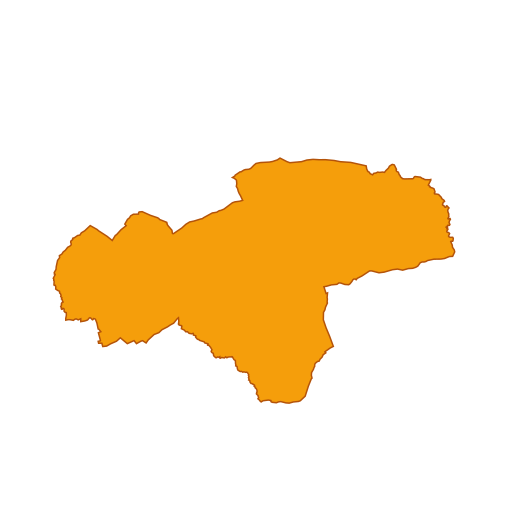 the district of Tunja, Boyacá, Colombia, rotated 213°
{"feature_id": "7082276B30096704247804", "entity_name": "Tunja", "entity_type": "district", "adm_level": 2, "iso_a3": "COL", "parent_name": "Colombia", "parent_adm1": "Boyacá", "projection": "albers", "projection_center": [-73.373, 5.515], "detail": "fine", "context": "isolated", "style": "filled", "palette": "amber", "viewbox_px": 512, "rotation_deg": 213, "n_neighbors": 0, "source": "geoboundaries", "source_scale": "gbopen_adm2", "svg_char_len": 6154}
<svg xmlns="http://www.w3.org/2000/svg" viewBox="0 0 512 512"><g transform="rotate(213 256 256)"><path d="M414.3,131.0L413.9,126.9L413.1,126.6L412.4,125.4L411.6,125.0L409.7,121.7L409.2,121.5L408.4,122.1L407.2,121.2L406.0,119.2L403.7,119.1L401.6,119.4L400.5,118.0L399.5,117.9L398.1,116.9L397.7,115.6L396.0,115.2L395.8,114.0L394.8,113.9L393.7,112.8L392.8,112.4L392.7,112.0L393.3,111.2L393.4,110.6L393.1,109.6L392.4,109.1L392.2,107.1L390.7,106.6L390.6,105.7L389.9,105.5L389.5,105.9L389.1,107.0L388.6,107.2L387.9,106.8L386.9,105.2L385.4,104.8L384.3,105.2L382.8,103.1L381.5,99.9L380.6,98.6L379.0,100.2L377.5,101.2L374.1,102.6L373.6,104.1L372.8,105.1L372.2,105.4L370.3,105.6L368.8,107.9L367.2,105.5L364.3,108.2L362.9,109.9L362.4,110.7L362.1,113.1L361.7,113.8L360.9,114.0L358.5,113.4L358.2,113.6L358.0,115.2L356.7,115.5L356.2,115.5L352.9,113.1L348.6,108.8L347.8,109.0L344.9,108.0L346.4,105.8L340.4,100.4L340.4,100.0L341.9,98.5L340.5,97.1L337.8,98.9L335.2,96.6L332.2,99.1L330.1,103.2L326.6,108.5L325.2,113.5L316.2,112.4L312.2,118.6L308.5,117.4L306.1,121.9L305.0,123.2L300.8,123.2L300.7,126.9L298.7,134.7L295.7,138.8L294.7,143.0L291.6,148.4L290.3,151.5L288.5,154.8L287.9,160.5L287.4,162.0L285.1,159.1L284.1,156.9L283.8,157.1L283.3,156.3L281.7,156.5L280.7,157.0L280.0,156.8L279.0,154.4L275.9,154.8L273.5,154.2L272.3,155.2L270.0,154.7L267.6,155.7L266.6,156.9L266.2,156.7L265.4,155.6L263.2,156.3L262.9,156.2L262.5,155.1L260.4,154.4L259.3,154.4L258.5,154.8L257.4,154.5L252.7,155.8L251.7,155.2L251.2,155.3L248.5,156.3L248.2,156.0L248.2,155.0L247.9,154.9L246.8,155.4L244.5,154.7L241.9,153.4L241.7,151.7L241.3,151.3L240.2,151.0L238.8,151.1L237.6,149.7L236.9,149.2L234.6,148.8L234.0,148.9L233.1,150.5L231.8,150.9L231.5,151.8L230.5,150.7L230.3,150.8L229.4,152.3L228.5,152.6L226.9,153.4L226.6,154.9L225.0,154.8L224.4,156.0L222.7,157.4L221.7,157.8L221.5,158.4L221.0,158.6L218.0,157.1L216.4,157.1L214.4,154.4L213.5,153.7L213.2,152.8L211.7,153.0L210.1,151.2L208.9,150.4L206.3,150.5L205.4,151.3L203.7,151.4L203.2,152.2L201.1,152.9L200.6,153.5L199.8,153.6L198.9,153.2L197.5,152.5L197.4,151.8L196.1,150.8L196.1,149.9L194.8,149.0L194.6,148.0L193.5,148.2L192.2,146.9L190.8,146.4L189.1,147.0L188.6,146.7L187.0,146.9L186.5,146.4L186.6,145.8L185.1,145.5L184.8,145.0L183.6,144.9L181.9,143.8L181.1,142.7L181.3,142.1L180.7,141.6L180.6,140.6L178.1,140.0L177.8,139.5L176.6,138.6L176.6,137.3L174.8,137.1L173.7,136.6L172.2,136.4L171.3,138.4L167.2,141.9L164.8,142.9L164.1,142.0L162.8,142.1L159.0,144.0L157.6,146.0L155.9,147.4L150.9,149.1L148.0,150.7L145.2,153.9L141.2,157.1L140.0,158.7L138.4,165.2L141.2,175.4L142.7,183.0L142.5,184.1L144.6,186.1L145.9,188.5L146.1,192.2L146.7,194.4L146.6,195.2L147.7,197.1L147.8,198.4L146.9,201.2L145.9,202.0L145.8,202.6L146.1,204.2L145.5,207.1L145.9,209.8L144.7,212.8L146.0,213.1L145.9,213.6L143.6,219.4L141.9,222.3L150.6,228.8L158.2,234.0L164.8,239.2L168.7,245.5L168.9,248.4L169.8,250.8L170.5,255.5L171.2,256.0L172.7,258.8L173.8,260.0L175.9,264.0L176.8,262.7L182.3,267.2L180.4,269.0L177.0,272.9L172.7,276.3L171.8,278.6L170.1,279.5L166.0,280.5L162.6,282.4L162.0,283.9L161.7,286.9L161.8,288.7L161.4,289.9L160.1,290.8L159.1,290.6L158.9,292.4L156.3,296.9L152.6,305.4L150.9,306.5L143.7,308.9L139.7,312.3L134.0,318.9L130.2,322.1L125.3,324.0L121.4,328.4L117.9,331.0L115.9,333.5L114.8,335.6L114.6,339.8L113.4,341.5L111.7,342.6L110.5,343.9L109.6,345.7L105.1,350.2L99.3,354.1L96.5,356.6L93.6,360.8L90.9,362.8L91.6,367.7L93.1,369.1L96.0,370.4L97.3,372.0L100.6,374.2L100.4,374.7L99.1,375.5L99.3,376.6L100.2,378.3L101.1,378.8L101.4,378.7L103.3,377.4L104.5,377.2L105.2,377.4L105.5,377.9L105.8,380.2L107.2,380.6L108.4,380.1L109.3,380.4L109.6,380.9L109.5,382.8L109.7,383.1L110.7,382.8L110.7,383.9L111.0,384.0L111.7,383.6L112.3,383.7L112.3,384.1L111.4,385.0L112.0,385.6L111.9,386.2L110.5,387.1L110.5,388.0L112.3,389.2L112.9,390.8L112.9,392.6L113.2,392.9L113.8,393.1L114.6,391.9L115.4,391.8L115.8,394.3L116.8,395.3L117.1,396.2L118.8,397.3L120.0,398.5L120.4,399.7L120.3,401.4L123.3,402.1L123.6,401.6L123.3,400.4L123.8,399.9L124.8,400.0L125.7,400.5L127.3,400.4L127.6,400.7L128.2,402.9L127.6,404.5L128.5,405.1L131.6,405.3L132.4,406.1L136.2,407.0L136.9,406.9L140.1,405.4L140.8,406.0L140.7,407.2L143.3,409.3L144.8,409.2L146.7,408.6L147.3,408.9L148.1,408.6L148.5,409.2L150.1,409.3L150.7,414.8L151.1,415.4L152.1,414.4L155.7,412.2L156.4,412.0L157.8,412.0L158.8,411.6L161.0,411.7L165.9,409.3L166.3,408.7L166.3,406.7L166.7,406.1L173.3,401.6L175.4,400.6L176.4,401.0L177.8,401.0L179.1,402.0L180.2,402.2L182.2,403.8L183.9,403.6L184.6,403.8L185.4,404.6L185.4,405.2L189.6,407.7L191.3,407.2L191.9,406.6L193.0,404.0L192.8,401.8L193.6,398.5L193.8,396.1L195.5,395.4L197.9,393.4L199.7,392.6L200.5,391.1L202.3,389.4L202.4,387.6L205.1,387.2L206.7,388.0L207.8,387.8L208.7,388.0L209.0,388.4L210.3,389.0L212.7,391.6L227.5,386.1L236.5,381.1L242.6,378.6L250.2,374.6L255.2,371.3L260.8,368.1L265.6,364.2L269.2,359.9L278.4,352.7L281.3,352.0L289.2,351.2L290.4,348.3L293.6,344.3L295.9,342.1L303.3,336.7L306.4,333.6L307.2,331.0L308.0,327.0L308.6,325.8L309.2,324.9L312.0,322.7L313.0,321.4L314.4,318.4L315.2,317.9L317.5,312.4L317.3,311.6L318.5,309.0L316.7,309.3L314.2,309.1L313.5,308.7L311.4,306.0L310.4,303.6L308.3,302.6L306.1,300.6L304.2,299.3L301.8,298.1L297.5,295.4L299.5,293.1L303.2,289.9L304.8,287.8L308.4,277.9L310.4,275.0L311.5,274.0L312.8,271.3L316.1,268.3L320.8,259.6L321.4,258.0L322.4,257.1L327.0,251.6L330.2,248.4L332.1,244.4L333.5,239.0L337.4,229.8L338.1,229.4L338.5,229.5L340.5,231.8L346.6,233.6L348.0,234.4L348.5,235.2L349.2,235.2L349.4,235.6L356.8,234.1L357.8,234.5L359.3,234.5L366.7,232.6L375.6,231.2L378.0,229.3L378.0,228.3L377.4,227.1L381.6,224.2L383.0,221.4L382.9,219.1L383.7,216.8L383.4,211.3L381.4,210.7L383.5,204.6L384.6,197.8L385.2,196.7L385.0,190.7L391.5,191.4L401.7,191.4L403.8,191.7L411.6,191.2L413.4,183.8L415.1,180.3L415.1,177.6L416.8,176.0L418.3,172.3L419.3,171.3L419.2,170.6L418.7,170.1L419.4,167.6L418.9,166.6L417.4,165.4L417.1,164.4L417.4,163.1L418.7,160.7L419.0,157.0L419.9,154.4L419.9,151.8L421.1,149.2L419.8,147.7L420.0,144.2L417.8,138.4L416.4,135.8L416.2,132.2L415.5,131.6L415.4,131.1L414.5,131.2L414.3,131.0Z" fill="#f59e0b" stroke="#b45309" stroke-width="1.5"/></g></svg>